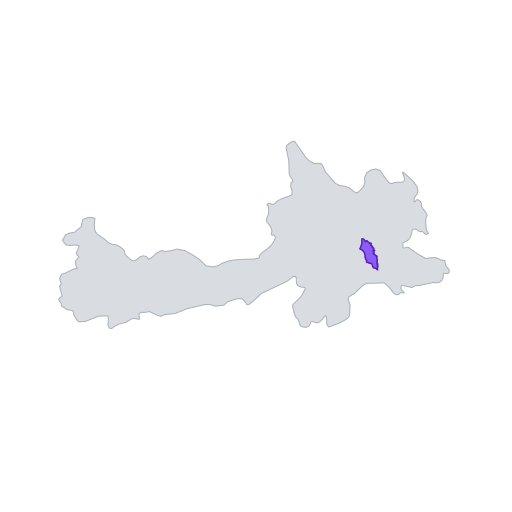 Nambak, Louangphrabang, Laos (highlighted), rotated 121°
{"feature_id": "54806243B57265531802207", "entity_name": "Nambak", "entity_type": "district", "adm_level": 2, "iso_a3": "LAO", "parent_name": "Laos", "parent_adm1": "Louangphrabang", "projection": "albers", "projection_center": [102.383, 20.596], "detail": "fine", "context": "in_parent", "style": "filled", "palette": "violet", "viewbox_px": 512, "rotation_deg": 121, "n_neighbors": 0, "source": "geoboundaries", "source_scale": "gbopen_adm2", "svg_char_len": 7155}
<svg xmlns="http://www.w3.org/2000/svg" viewBox="0 0 512 512"><g transform="rotate(121 256 256)"><path d="M185.5,86.7L187.6,90.6L197.4,101.1L199.1,104.0L202.7,106.1L205.8,115.5L207.0,116.0L208.7,115.4L209.9,114.1L210.9,110.5L211.6,110.1L212.7,113.0L215.5,113.9L216.7,115.2L217.1,117.5L216.7,119.8L214.4,125.1L213.0,132.2L222.7,147.4L226.8,149.5L236.5,151.9L243.0,155.3L246.1,154.4L248.9,150.6L252.4,148.5L258.9,145.2L260.7,145.0L264.3,146.2L270.3,149.9L279.3,156.9L279.0,158.8L277.4,160.7L272.7,163.6L271.2,165.4L272.1,166.1L276.1,166.5L280.8,168.0L282.3,169.9L283.1,174.1L284.0,174.9L288.3,174.4L289.7,175.0L291.3,176.3L292.9,179.8L292.9,182.4L288.6,187.2L288.1,189.9L285.9,193.3L280.0,198.9L278.4,199.3L267.4,196.4L258.6,196.9L257.9,198.1L259.4,201.4L259.9,204.7L258.6,207.3L253.5,210.6L253.4,212.1L254.4,213.5L261.8,216.4L285.5,232.2L296.2,235.1L301.0,237.0L302.2,238.1L302.2,239.5L301.0,241.3L300.0,244.5L300.0,246.4L301.1,248.2L303.1,250.9L309.8,256.8L314.7,258.2L319.9,265.1L321.5,271.1L324.1,275.0L336.6,287.9L347.1,295.8L353.4,304.3L356.5,306.2L357.5,309.4L358.5,318.6L362.2,323.1L363.0,324.9L364.6,326.2L366.3,326.4L369.9,323.3L370.6,323.8L372.4,328.6L373.9,330.3L379.5,333.1L385.4,338.8L388.6,340.8L392.6,342.4L393.2,344.2L392.5,346.1L391.3,347.4L384.7,350.9L383.8,352.4L388.5,359.8L400.1,368.7L403.7,374.1L403.1,376.8L400.1,382.3L397.8,383.8L397.3,385.5L399.2,389.9L399.2,396.6L397.1,398.3L395.2,402.5L393.8,402.9L390.3,401.5L383.2,408.8L380.1,408.6L376.5,412.7L371.8,413.3L368.5,410.4L361.4,405.9L358.9,402.9L356.8,405.6L353.2,408.1L348.0,407.4L346.7,411.0L345.7,411.6L339.5,412.4L338.3,413.0L339.4,416.2L343.2,421.7L344.4,424.8L342.2,430.0L335.7,430.0L332.8,428.0L329.0,423.7L320.7,420.9L315.2,423.0L313.5,423.0L309.2,419.4L307.7,417.0L306.7,413.5L312.9,410.5L316.1,408.2L318.1,405.8L319.0,403.3L319.8,393.0L320.7,389.4L320.0,385.0L318.3,381.5L318.2,376.3L319.0,372.0L321.3,369.8L322.9,366.7L323.8,359.9L323.0,358.1L320.6,356.5L316.6,355.0L314.1,353.0L313.1,350.6L313.1,348.4L314.3,346.6L311.3,344.6L304.1,342.4L300.0,339.8L299.1,336.6L296.1,332.5L290.9,327.5L288.1,320.1L287.7,310.5L288.1,302.6L290.2,293.5L287.2,286.9L283.8,283.5L279.3,281.0L274.9,277.4L270.7,272.7L265.7,265.7L259.9,256.4L256.0,252.3L254.0,253.3L249.9,252.5L243.6,249.8L238.0,248.4L233.4,248.2L230.3,248.8L228.9,250.3L228.8,251.7L230.0,253.1L229.4,254.2L226.9,254.9L224.9,256.5L222.7,259.9L221.2,264.4L218.8,266.1L215.2,266.5L211.7,267.8L208.2,270.0L206.6,271.7L206.8,272.8L206.0,273.0L204.3,272.4L203.5,270.9L203.6,268.6L201.8,267.0L198.1,266.2L194.0,263.7L186.1,257.3L184.2,257.0L181.6,258.7L178.3,262.3L175.4,263.7L173.2,262.9L171.5,264.2L170.3,267.5L168.1,270.1L157.4,277.0L147.8,285.9L145.3,286.7L139.5,284.1L137.7,282.3L145.8,264.1L147.0,259.6L146.8,253.7L143.5,248.8L143.4,247.4L143.9,245.9L148.0,240.2L152.8,225.6L152.6,221.0L150.6,216.0L149.5,211.2L150.4,204.7L150.1,202.2L147.9,200.9L140.7,199.6L136.5,200.6L134.5,202.4L132.1,203.4L127.5,204.0L123.2,201.8L119.6,198.0L118.8,193.4L123.4,183.7L124.6,179.9L124.5,178.1L123.7,176.3L122.7,176.0L120.4,173.7L118.2,169.6L116.1,167.7L114.1,168.0L112.2,169.5L109.2,173.3L108.3,172.8L111.1,159.3L113.7,153.6L116.6,150.9L119.7,149.8L123.0,150.3L125.8,149.8L128.0,148.5L127.8,147.6L125.2,147.4L124.2,145.9L124.7,143.0L125.9,141.1L127.7,140.3L129.5,137.4L131.2,132.5L133.3,130.0L135.7,130.0L139.8,127.9L145.6,123.7L147.9,119.7L150.1,121.6L149.2,126.3L150.4,127.3L150.9,128.9L150.6,131.6L151.1,133.8L151.9,134.9L153.2,135.4L159.4,133.5L163.2,133.4L169.3,136.9L173.0,134.4L173.1,133.4L170.1,130.2L171.0,118.3L170.7,109.3L165.6,102.6L164.6,99.9L164.1,95.5L162.7,91.8L166.3,88.8L168.3,83.3L170.9,82.0L171.7,82.2L174.7,86.3L178.6,84.3L181.6,84.3L184.2,85.4L185.5,86.7Z" fill="#d9dde1" stroke="#a8b0b8" stroke-width="1"/><path d="M196.6,150.2L196.3,151.0L195.9,151.1L195.7,151.1L195.5,151.4L195.4,151.5L195.2,151.5L194.9,151.6L194.7,151.7L194.5,151.8L194.4,152.0L194.1,152.0L193.9,152.1L193.9,152.3L193.8,152.6L193.8,152.9L193.9,153.0L194.0,153.1L193.8,153.6L193.9,153.8L193.8,154.0L193.7,154.2L193.7,154.3L193.8,154.4L193.8,154.5L193.7,154.7L193.7,155.0L193.8,155.4L193.8,155.5L193.7,155.7L193.7,155.8L193.4,155.8L193.4,156.0L193.2,156.0L193.0,156.3L193.1,156.5L192.9,156.5L192.8,156.4L192.6,156.4L192.5,156.5L192.4,156.5L192.2,156.7L192.3,156.8L192.1,157.0L191.9,157.1L191.8,157.3L191.7,157.3L191.8,157.4L191.9,157.5L191.7,157.7L191.4,157.6L191.5,157.6L191.4,157.7L191.4,157.8L191.5,157.8L191.4,157.9L191.2,157.9L191.1,158.0L191.0,157.9L191.0,158.0L190.9,157.9L190.9,158.0L190.7,158.0L190.7,157.9L190.5,157.7L190.5,157.8L190.4,157.8L190.1,157.9L190.0,158.1L189.9,158.2L189.9,158.3L189.7,158.3L189.4,158.4L189.4,158.5L189.2,158.9L189.0,159.0L188.9,159.2L188.9,159.3L188.7,159.3L188.7,159.5L188.6,160.1L188.4,160.4L188.4,160.5L188.2,160.7L188.1,160.8L188.2,161.0L188.1,161.3L187.9,161.3L187.9,161.5L187.8,161.8L187.7,161.8L187.7,162.0L187.8,162.0L187.7,162.1L187.6,162.3L187.5,162.5L187.7,162.8L187.7,163.0L186.8,163.4L185.9,163.6L185.8,163.8L185.7,163.8L185.5,164.0L185.4,163.9L185.7,164.2L186.0,164.3L186.1,164.6L186.4,164.7L186.6,164.8L186.7,165.1L186.7,165.4L186.6,165.6L186.2,166.0L186.1,166.3L186.1,166.5L186.2,167.1L186.1,167.9L186.0,168.1L185.8,168.5L185.8,168.8L185.9,169.0L186.0,169.1L186.5,169.1L186.7,169.3L186.8,169.4L186.8,169.6L187.2,169.8L187.3,169.9L186.8,170.5L186.5,171.2L186.3,171.7L186.2,171.8L186.2,172.3L186.1,172.7L186.2,173.0L186.6,173.7L186.8,174.0L187.7,173.5L187.9,173.4L188.2,173.2L188.9,172.9L189.4,172.5L189.7,172.3L190.2,172.1L190.4,172.0L190.5,171.9L190.9,171.6L191.0,171.5L191.3,171.5L192.0,171.4L192.6,171.3L193.2,171.2L194.2,171.0L195.0,170.8L195.4,170.7L196.0,170.7L196.3,170.7L196.4,170.0L196.4,169.6L196.2,169.3L196.2,168.9L196.2,168.7L196.3,168.1L196.3,167.8L196.4,167.2L196.5,166.7L196.8,166.2L197.1,165.4L197.2,165.2L197.7,164.5L198.0,164.1L198.3,163.7L198.9,163.3L198.9,163.2L199.1,162.9L199.8,162.4L200.3,162.3L200.6,162.1L200.9,161.8L201.1,161.7L201.5,161.1L201.9,160.7L202.1,160.6L202.3,160.3L202.4,160.0L202.5,159.8L202.7,159.0L202.8,158.9L203.3,158.7L203.9,158.5L204.2,158.2L204.4,157.5L204.3,157.4L204.2,157.2L203.9,157.0L203.8,156.9L203.7,156.7L203.8,156.6L203.8,156.4L203.8,155.8L203.9,155.2L203.5,154.3L203.1,153.7L202.9,153.4L202.9,153.1L203.0,152.9L203.1,152.7L203.5,152.2L204.3,151.2L204.9,150.5L205.4,149.6L205.6,149.2L205.6,148.9L205.6,148.7L205.5,148.4L205.1,148.0L205.0,147.8L204.9,147.4L204.8,147.1L204.9,146.3L205.1,145.8L205.3,145.3L205.3,145.0L205.2,145.0L204.9,145.2L204.9,145.3L205.0,145.3L204.8,145.4L204.7,145.4L204.7,145.2L204.6,145.3L204.4,145.3L204.2,145.4L204.2,145.5L203.9,145.5L203.7,145.5L203.3,145.8L203.2,145.8L203.0,146.0L202.9,146.1L202.7,146.2L202.7,146.3L202.4,146.4L202.4,146.2L202.2,146.2L202.2,146.3L202.2,146.5L202.0,146.8L201.9,146.8L201.7,146.8L201.4,147.0L201.1,147.1L200.9,147.0L200.8,147.4L200.8,147.6L200.7,147.6L200.4,147.8L200.3,148.0L200.2,148.0L200.3,148.2L200.2,148.4L199.9,148.4L199.8,148.5L199.6,148.6L199.4,148.9L199.2,148.9L198.8,149.0L198.7,149.2L198.7,149.3L198.3,149.3L198.0,149.3L197.8,149.5L197.6,149.8L197.3,149.9L197.1,150.0L196.8,150.0L196.6,150.2L196.6,150.2Z" fill="#8b5cf6" stroke="#5b21b6" stroke-width="1.5"/></g></svg>